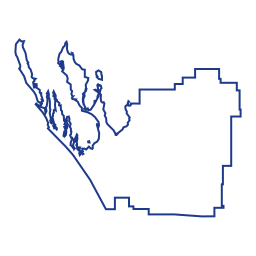 outline of Shark Bay, Western Australia, Australia
{"feature_id": "25037944B60313460254351", "entity_name": "Shark Bay", "entity_type": "district", "adm_level": 2, "iso_a3": "AUS", "parent_name": "Australia", "parent_adm1": "Western Australia", "projection": "mercator", "projection_center": [113.623, -26.392], "detail": "fine", "context": "isolated", "style": "outline", "palette": "blue", "viewbox_px": 256, "rotation_deg": 0, "n_neighbors": 0, "source": "geoboundaries", "source_scale": "gbopen_adm2", "svg_char_len": 5513}
<svg xmlns="http://www.w3.org/2000/svg" viewBox="0 0 256 256"><path d="M131.0,103.5L131.0,104.7L129.9,105.7L128.5,105.6L128.1,103.2L129.0,101.7L128.4,101.2L127.3,104.9L125.6,106.0L125.3,107.1L125.6,109.4L126.8,111.4L126.7,113.4L129.7,117.5L129.1,118.8L129.6,120.2L127.7,122.8L128.0,124.6L126.5,126.3L123.4,127.4L122.6,129.4L116.7,134.1L117.2,134.2L116.5,135.0L115.6,134.9L115.3,133.5L115.5,134.2L115.4,133.4L116.1,133.7L114.8,132.6L113.6,130.3L107.3,124.0L106.4,122.1L106.1,118.1L104.7,115.6L105.4,113.3L103.3,109.4L104.4,103.5L103.7,102.2L102.4,102.6L101.2,101.5L100.7,98.3L101.0,94.9L99.7,93.1L100.5,89.6L101.5,88.1L100.8,85.7L99.4,85.8L98.1,84.3L97.3,85.2L99.0,92.5L98.5,96.3L98.9,95.5L94.9,103.1L94.7,101.0L95.6,100.7L94.6,100.9L94.3,104.3L90.7,109.7L88.4,110.3L87.6,107.6L87.5,108.8L86.6,109.7L85.4,109.7L84.7,108.7L83.2,109.0L85.1,108.5L85.4,107.8L83.0,102.4L82.8,98.8L83.4,95.7L82.9,94.0L85.9,91.0L86.3,89.6L85.5,89.9L86.0,87.3L85.7,84.8L88.0,80.5L88.3,78.0L84.8,76.9L84.8,69.7L82.2,69.3L79.3,65.4L76.5,64.0L74.8,62.1L73.6,59.1L73.3,54.5L73.1,55.1L72.6,53.1L72.2,53.0L72.7,53.9L72.0,54.6L70.6,54.5L68.8,53.6L67.7,51.8L66.9,48.5L67.2,44.2L66.5,41.8L65.5,42.8L64.6,46.1L63.2,47.1L61.1,52.1L59.6,53.6L58.2,59.2L58.5,61.9L58.1,63.1L59.6,64.4L61.9,68.4L62.9,69.0L62.7,67.8L61.6,67.0L62.5,66.4L62.4,65.7L62.1,65.4L62.2,65.9L61.7,66.3L61.2,66.2L62.0,65.8L62.1,64.6L60.9,62.9L61.8,62.0L60.7,61.6L61.9,61.0L63.1,61.6L62.9,62.2L62.4,61.8L62.0,62.2L63.0,62.7L63.2,63.7L62.3,63.2L62.1,64.0L63.7,66.9L62.6,67.3L63.7,68.8L62.1,71.3L66.7,75.4L67.7,78.5L67.1,81.9L70.7,84.5L70.8,89.6L72.1,91.1L71.4,94.0L72.5,96.6L73.0,96.5L71.9,98.0L72.5,99.1L76.0,99.4L75.5,100.2L77.6,101.5L79.7,105.7L81.8,107.7L81.9,110.7L87.6,112.3L91.4,114.1L94.8,116.9L98.6,122.1L99.0,125.6L98.0,127.9L97.7,127.6L99.2,133.2L98.8,138.9L97.1,141.7L94.5,143.1L92.7,145.5L92.8,148.2L92.3,148.9L90.5,148.3L88.9,146.6L86.2,149.5L84.1,148.5L82.6,148.9L81.8,148.0L82.6,149.7L81.7,151.5L82.1,152.1L82.7,151.0L82.9,151.6L81.9,152.6L83.3,153.9L82.8,154.2L82.5,153.3L81.2,153.5L79.8,155.1L79.2,153.1L79.9,152.2L79.5,151.1L80.0,150.8L79.2,149.4L79.9,148.4L79.4,147.9L79.8,147.4L78.9,147.3L77.9,149.7L77.2,148.9L77.0,145.5L76.4,145.0L77.1,144.3L76.7,142.0L77.5,138.4L77.1,136.9L77.4,135.3L76.9,134.5L75.8,137.1L76.1,139.2L75.8,140.1L76.5,140.5L76.1,141.9L75.6,141.4L75.7,140.0L76.0,139.2L75.4,137.1L75.1,139.5L73.6,139.3L74.1,142.4L73.3,144.0L73.2,146.4L74.8,148.4L74.1,149.2L73.9,148.0L72.8,147.8L71.8,145.7L70.6,145.3L70.7,142.7L72.2,138.6L72.1,137.7L71.0,137.5L70.1,135.1L70.9,134.4L71.4,131.6L70.9,131.1L70.9,128.7L69.8,126.6L70.7,123.9L69.1,121.1L69.5,119.0L68.8,116.7L68.2,117.2L66.5,116.5L67.1,117.2L66.7,118.9L65.0,119.7L66.1,121.0L66.9,120.8L66.6,122.2L68.0,124.7L67.0,128.1L66.1,129.3L66.3,132.3L65.5,133.5L66.1,133.5L65.8,135.1L64.4,136.6L63.5,135.9L64.3,131.4L65.7,130.4L64.2,126.8L65.2,126.3L65.7,128.4L66.1,124.9L64.5,124.2L65.4,122.2L64.0,120.7L63.8,115.9L62.2,114.2L62.0,111.1L61.0,110.2L60.7,105.5L60.1,105.9L59.0,105.3L59.4,103.1L56.6,100.7L56.9,99.9L55.6,98.6L55.7,95.6L53.7,91.4L53.1,92.9L54.0,94.9L53.3,96.0L54.9,97.3L54.5,99.1L55.7,100.5L55.2,101.2L55.0,105.6L55.7,110.3L54.7,109.5L53.8,110.1L53.9,112.7L53.1,113.4L52.9,116.4L51.3,118.7L52.9,118.8L54.3,124.3L55.3,124.6L55.3,127.0L56.0,127.2L56.7,128.0L56.9,129.2L56.8,130.2L56.4,127.6L56.2,128.6L55.4,127.2L55.1,128.3L54.1,128.3L53.8,127.2L54.2,126.8L53.1,125.8L53.8,124.0L53.0,121.7L51.5,123.3L50.5,122.3L50.9,121.5L50.3,120.6L51.1,119.8L49.7,113.1L50.4,109.5L49.9,108.5L49.9,101.9L49.4,98.4L48.7,97.5L48.9,94.2L48.1,91.2L46.8,93.6L47.4,94.3L46.8,97.1L47.4,97.9L47.4,101.8L46.6,106.4L45.8,107.3L46.5,111.1L45.5,113.1L44.8,108.2L39.2,106.5L38.9,105.6L36.2,103.6L35.7,104.3L42.6,112.3L46.2,118.1L48.1,122.8L47.7,124.9L48.9,127.2L47.9,128.4L65.8,146.7L72.9,154.8L90.1,179.8L105.9,209.2L114.9,209.2L114.9,197.7L129.0,197.7L129.0,206.4L133.4,206.4L133.5,209.0L148.7,209.0L148.7,214.4L174.2,214.4L201.9,216.4L214.4,216.3L214.4,207.8L223.5,207.8L223.5,205.9L221.8,205.9L221.8,184.3L222.9,184.3L222.9,165.9L231.2,165.9L231.2,116.5L240.6,116.5L240.6,109.5L239.6,109.5L239.6,90.4L236.8,90.4L236.8,82.8L220.6,82.8L220.6,78.9L219.1,78.9L219.1,69.0L195.1,69.0L195.1,77.6L182.7,77.6L182.7,84.0L174.8,84.0L174.8,89.5L139.6,89.5L139.6,103.6L131.0,103.5ZM22.6,44.9L24.0,41.2L21.4,41.4L19.5,39.6L15.9,44.2L15.4,52.0L16.0,55.2L17.1,56.7L20.3,65.5L20.1,67.8L19.2,68.5L24.1,76.2L26.3,83.0L33.9,91.8L35.8,95.1L37.8,101.5L40.2,102.7L40.9,105.4L42.0,103.6L41.5,101.8L42.7,101.2L41.9,99.9L42.8,100.0L41.2,95.3L41.2,93.2L40.4,93.4L39.8,92.6L39.8,90.0L36.6,87.7L36.7,84.2L35.2,84.0L35.8,86.7L35.2,87.4L34.0,87.5L33.1,82.2L34.5,81.0L34.2,80.1L35.6,78.8L32.6,78.1L31.6,76.9L32.1,74.1L30.5,69.3L28.8,67.3L28.6,65.3L27.6,63.4L28.3,62.7L26.8,60.3L25.5,52.9L22.9,47.3L22.6,44.9ZM101.8,76.1L101.4,74.6L101.4,72.9L101.1,72.0L98.5,70.4L96.1,71.9L96.3,74.8L98.0,77.2L96.9,76.6L96.7,76.9L98.5,78.8L102.0,79.8L101.9,74.8L101.8,76.1ZM88.3,142.4L89.5,142.5L89.2,141.2L88.1,141.5L88.3,142.4ZM98.6,92.6L98.5,93.8L98.8,92.8L97.6,91.3L96.7,91.1L96.5,90.3L95.7,90.4L95.5,89.7L94.8,89.9L98.6,92.6ZM97.8,95.9L98.4,94.4L97.7,95.9L97.3,97.7L98.3,96.3L97.8,95.9ZM96.7,124.0L97.5,126.9L97.3,123.4L96.9,124.4L96.7,124.0ZM51.6,121.0L51.4,119.7L50.9,120.3L51.6,121.0ZM83.4,98.8L84.7,95.8L84.4,95.3L84.4,96.4L83.4,98.8ZM83.2,98.9L83.3,101.6L83.4,100.5L83.2,98.9ZM83.3,101.8L83.5,103.4L83.7,103.2L83.3,101.8ZM99.2,85.0L100.4,85.5L99.6,85.0L99.2,85.0ZM84.2,93.5L84.5,93.4L84.5,92.6L84.2,93.5Z" fill="none" stroke="#1e3a8a" stroke-width="2"/></svg>